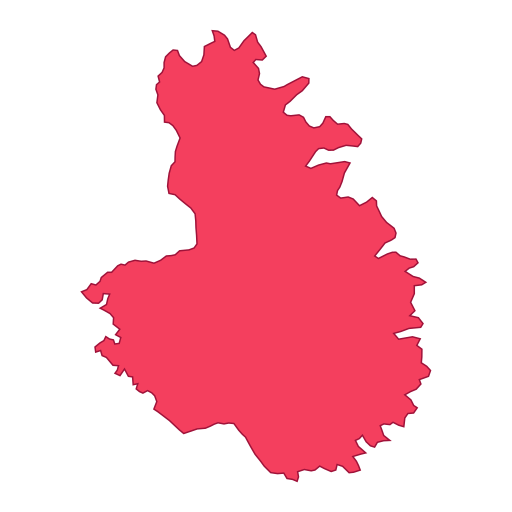 outline of Pato Branco, Paraná, Brazil
{"feature_id": "56859067B2148871649171", "entity_name": "Pato Branco", "entity_type": "district", "adm_level": 2, "iso_a3": "BRA", "parent_name": "Brazil", "parent_adm1": "Paraná", "projection": "robinson", "projection_center": [-52.664, -26.152], "detail": "fine", "context": "isolated", "style": "filled", "palette": "rose", "viewbox_px": 512, "rotation_deg": 0, "n_neighbors": 0, "source": "geoboundaries", "source_scale": "gbopen_adm2", "svg_char_len": 3957}
<svg xmlns="http://www.w3.org/2000/svg" viewBox="0 0 512 512"><path d="M101.3,277.5L100.0,281.4L95.9,285.0L91.2,283.7L86.9,289.6L81.5,291.8L86.5,297.9L92.6,303.0L98.6,303.2L102.2,299.8L103.3,293.6L109.7,294.1L107.8,298.7L106.5,304.5L100.2,308.2L104.1,310.2L110.1,313.6L113.6,317.7L113.2,324.1L119.8,329.2L115.6,334.7L120.8,337.5L119.2,343.4L114.8,344.0L113.4,339.9L109.5,339.0L105.8,336.6L103.9,340.6L100.0,342.9L95.0,347.0L95.7,352.1L100.6,350.5L102.1,355.6L106.4,357.4L113.0,365.3L118.5,365.7L117.3,370.1L115.0,373.3L120.0,375.6L124.5,369.0L128.4,376.3L132.6,376.9L133.2,384.7L137.8,383.7L136.2,388.9L139.5,391.6L142.9,393.1L147.6,390.6L151.7,392.8L154.7,395.8L156.8,401.6L153.9,409.1L158.1,411.9L169.4,420.5L179.5,430.0L183.7,433.5L197.2,428.9L205.4,428.2L210.4,426.1L214.3,424.1L218.0,422.8L224.0,423.9L228.7,423.0L233.9,423.5L238.8,430.3L242.4,434.3L245.5,437.1L248.3,442.3L250.6,446.5L255.1,454.3L260.4,460.9L264.2,466.1L270.7,472.6L277.5,473.6L283.8,473.1L287.0,478.5L292.6,479.4L297.1,481.3L298.5,476.9L297.6,471.7L304.3,469.5L311.2,470.8L315.0,470.0L319.7,466.1L324.5,468.6L331.2,471.5L335.8,470.0L337.1,464.5L342.6,466.3L349.1,472.7L353.6,472.2L360.2,470.1L358.5,465.6L356.4,461.3L352.8,456.5L360.0,454.3L365.7,452.9L358.3,446.4L355.4,440.4L359.3,438.6L362.4,435.2L366.2,441.8L370.4,445.8L374.6,447.1L377.4,442.3L383.6,440.7L389.8,440.4L383.7,435.5L381.8,430.0L380.2,425.7L383.9,423.9L389.9,424.6L393.0,422.3L398.7,425.2L403.8,426.7L404.8,418.0L407.9,413.5L413.6,413.0L417.2,407.8L413.7,405.5L410.9,399.9L404.8,394.8L410.5,391.6L416.2,389.2L420.9,384.0L419.3,379.6L423.8,378.0L428.5,376.3L430.5,370.5L426.7,366.3L421.3,362.8L421.8,357.0L421.9,349.2L416.8,345.4L420.2,338.8L412.5,336.8L398.6,339.2L393.7,333.4L400.7,331.5L409.0,328.4L420.7,327.3L423.0,323.6L418.4,317.7L409.8,315.7L414.9,310.7L410.6,302.3L414.3,293.7L414.3,285.7L421.7,284.8L425.8,282.3L419.3,278.1L413.1,276.5L405.1,271.4L409.2,268.1L413.7,266.7L418.0,262.8L416.0,259.1L410.2,259.2L404.1,256.9L400.1,255.8L395.9,252.2L392.3,252.3L387.3,254.0L378.4,258.5L374.7,256.0L380.5,248.8L385.0,243.0L391.6,239.9L395.0,237.6L396.0,233.1L394.1,228.3L386.6,222.5L381.6,216.5L379.1,211.1L376.6,205.9L376.4,200.9L372.3,197.5L366.5,202.2L359.5,205.7L353.2,199.0L348.2,197.0L340.7,198.1L336.6,195.1L337.5,190.6L339.8,187.1L342.0,181.6L344.4,173.0L350.0,163.0L344.7,161.6L330.4,163.8L326.4,163.0L318.5,165.1L310.9,168.4L305.6,166.1L309.3,161.2L315.6,151.6L318.6,148.6L323.9,148.0L328.6,150.2L333.5,150.1L338.5,147.6L346.1,145.3L353.1,146.0L357.7,146.6L360.7,143.2L361.7,138.9L357.9,135.3L351.5,129.0L347.8,124.4L344.2,123.5L337.6,124.2L333.2,120.4L329.9,116.7L325.8,116.7L322.9,123.1L319.7,126.7L313.8,127.9L309.3,126.0L305.8,121.9L303.5,117.3L299.1,114.9L290.7,115.8L287.0,115.3L283.3,112.2L285.4,104.9L290.1,101.3L296.7,94.7L302.3,90.7L308.8,83.1L308.9,78.6L302.3,76.8L294.8,80.7L287.3,84.6L284.1,86.5L274.7,89.2L268.7,87.9L263.9,86.9L260.5,84.3L258.0,80.0L259.5,73.6L258.5,68.4L253.2,62.5L255.8,59.5L262.3,60.0L266.2,56.2L261.1,46.8L257.6,42.1L255.5,34.8L252.3,32.5L247.9,36.9L244.0,40.7L238.8,48.0L234.3,50.4L230.4,47.3L227.5,38.9L224.5,35.2L217.9,31.2L212.3,30.7L214.1,35.9L214.8,41.4L211.0,43.2L204.4,46.5L203.9,54.9L201.6,61.6L196.9,65.4L192.6,66.3L184.7,61.6L179.4,55.6L177.5,50.5L173.1,50.0L169.5,52.9L165.6,56.8L164.1,62.5L164.1,67.9L162.1,72.4L158.1,76.1L159.6,82.0L156.5,84.7L155.9,89.2L157.9,94.9L156.9,102.7L160.4,109.7L164.4,115.4L164.5,122.1L169.0,122.7L172.9,125.6L176.3,130.3L180.1,138.0L177.0,146.3L175.4,151.5L175.1,156.9L175.0,161.8L171.3,165.7L169.2,173.2L168.2,180.3L167.6,186.3L169.0,193.4L175.1,194.7L179.7,199.0L185.5,203.8L190.8,208.0L195.1,213.8L195.8,221.0L196.0,227.8L196.6,235.4L197.0,243.9L194.1,248.0L189.0,249.9L179.6,250.8L175.2,254.8L171.3,255.6L166.3,256.0L160.6,260.3L154.0,263.2L146.1,261.0L141.2,261.3L135.0,260.3L128.5,262.1L125.0,265.1L121.0,264.2L117.7,265.8L111.6,272.3L107.6,272.3L101.3,277.5Z" fill="#f43f5e" stroke="#9f1239" stroke-width="1.5"/></svg>